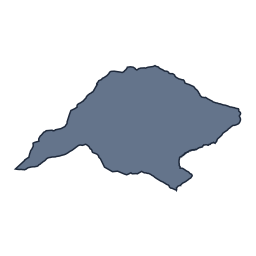 the district of Breaza, Suceava, Romania
{"feature_id": "2599482B22435462631292", "entity_name": "Breaza", "entity_type": "district", "adm_level": 2, "iso_a3": "ROU", "parent_name": "Romania", "parent_adm1": "Suceava", "projection": "natural_earth1", "projection_center": [25.34, 47.631], "detail": "fine", "context": "isolated", "style": "filled", "palette": "slate", "viewbox_px": 256, "rotation_deg": 0, "n_neighbors": 0, "source": "geoboundaries", "source_scale": "gbopen_adm2", "svg_char_len": 5757}
<svg xmlns="http://www.w3.org/2000/svg" viewBox="0 0 256 256"><path d="M192.2,175.8L191.7,174.4L191.5,174.2L190.4,173.8L189.9,173.5L189.0,172.4L188.0,171.6L186.7,171.1L185.0,169.9L184.5,169.5L183.9,169.2L182.7,168.4L181.8,168.2L180.1,168.2L180.1,166.8L179.7,166.2L179.3,165.7L179.2,165.0L179.3,164.2L179.0,162.6L179.1,160.0L179.3,159.5L179.3,159.0L179.6,158.3L179.7,157.7L179.6,157.4L179.9,157.1L180.5,156.9L180.6,156.6L181.1,156.6L181.4,156.8L181.6,156.8L181.9,156.1L182.5,155.7L182.5,155.4L183.1,155.5L183.2,155.4L183.2,155.1L183.7,154.8L183.7,154.5L183.9,154.5L184.1,154.6L184.4,154.6L184.5,154.5L184.5,154.1L184.8,153.9L184.7,153.4L184.8,153.2L185.0,153.2L185.2,153.4L185.4,153.4L185.5,153.1L185.8,153.1L185.8,152.8L186.5,152.7L186.9,152.4L187.1,152.2L187.3,152.2L187.3,151.9L187.5,151.8L187.8,151.8L188.1,152.0L188.3,152.0L188.5,151.9L188.5,151.7L188.8,151.2L189.2,150.9L189.6,150.9L189.8,150.6L190.0,150.4L190.4,150.4L190.6,150.8L190.8,150.7L190.8,150.4L191.3,150.4L191.3,150.1L191.7,150.0L192.1,150.2L192.7,150.1L192.7,149.8L192.9,149.8L193.4,150.0L193.4,149.8L193.5,149.7L193.9,149.9L194.1,150.1L194.4,149.9L194.8,149.9L194.9,149.5L195.3,149.3L195.6,149.6L196.3,149.6L196.6,149.3L196.8,149.2L197.8,148.5L198.2,148.1L198.7,148.1L199.0,147.8L199.5,147.5L200.1,147.4L200.5,147.5L201.3,147.1L201.9,147.1L202.1,147.0L202.6,146.7L202.9,145.8L203.2,145.5L203.6,145.3L203.8,144.9L204.1,145.0L204.4,145.0L204.7,145.0L204.9,144.9L205.5,144.8L205.8,144.7L206.9,144.8L207.3,144.9L207.5,145.1L208.4,145.2L208.7,144.9L208.9,144.5L209.1,144.5L209.6,144.4L210.1,144.4L210.4,144.2L210.5,143.8L211.0,143.4L211.5,143.2L211.8,143.0L212.9,142.9L213.0,142.7L213.4,142.7L213.6,142.4L215.1,143.3L215.6,142.5L216.5,141.6L216.7,141.1L216.9,140.7L216.8,140.4L217.0,140.1L217.4,139.2L218.2,138.3L219.0,137.7L221.7,135.2L222.5,133.8L222.7,133.4L224.4,132.1L226.7,130.6L227.5,130.0L228.4,128.9L229.2,128.3L229.7,128.0L230.0,127.8L230.3,127.4L232.9,125.4L233.7,125.4L234.7,125.3L236.5,124.7L238.4,123.8L239.0,123.2L240.0,121.6L240.1,121.0L240.4,120.4L240.5,119.0L240.1,117.8L239.3,116.1L239.4,115.6L240.3,114.6L240.6,113.4L240.3,112.4L238.7,111.0L238.7,110.8L238.8,109.9L238.6,109.2L238.4,108.8L235.5,108.2L234.5,107.7L233.8,107.6L233.1,107.5L231.1,107.0L230.3,107.0L229.4,106.7L228.4,106.2L225.4,105.2L223.2,104.9L220.1,103.8L219.6,103.8L218.3,103.5L217.2,103.0L215.9,102.9L214.7,102.4L213.2,102.0L212.2,101.1L210.3,100.2L208.9,99.4L208.0,99.0L205.6,97.4L204.7,97.6L204.1,97.5L202.0,97.2L201.4,96.8L200.0,95.3L199.7,94.2L198.7,92.8L198.2,91.7L197.2,90.3L195.9,89.2L195.3,88.8L195.1,88.5L194.7,87.8L193.7,86.6L191.0,85.4L189.1,84.5L186.8,83.8L185.8,83.4L185.2,83.1L184.7,82.7L184.7,82.0L184.3,81.1L183.9,80.4L183.2,79.8L182.2,79.8L179.6,79.0L178.9,78.9L176.1,77.3L175.0,76.2L174.6,75.1L174.3,74.8L173.0,73.9L172.2,73.6L170.8,73.7L169.4,73.4L168.9,73.1L168.6,72.4L167.6,71.5L166.5,71.2L164.8,71.1L163.3,70.3L162.9,69.8L162.2,69.5L161.3,69.3L160.9,68.9L159.5,68.3L159.1,67.8L158.4,67.0L156.6,66.5L155.8,66.2L155.0,65.6L153.2,66.5L148.1,67.2L146.5,67.7L145.5,68.2L144.6,67.9L140.6,68.1L140.0,68.4L139.0,68.5L136.9,70.0L135.3,69.1L135.2,68.5L133.2,67.2L130.4,66.8L127.3,67.2L127.1,68.0L125.7,69.9L124.6,70.7L124.0,71.6L122.2,72.5L120.4,72.1L114.2,71.2L111.0,71.4L110.0,71.9L109.3,72.7L109.0,73.5L106.9,75.7L103.5,77.9L102.7,78.1L102.1,78.6L101.7,79.4L101.0,79.8L98.8,80.7L98.1,81.8L97.6,82.7L96.8,83.4L97.0,84.0L96.9,84.2L97.2,84.4L96.7,84.9L96.5,85.4L96.7,85.6L96.0,86.7L95.7,86.9L94.7,88.9L94.1,89.6L94.0,90.3L93.0,91.5L92.6,92.1L91.6,92.4L90.8,93.3L89.7,93.7L87.3,95.6L86.9,96.3L86.2,97.2L86.1,97.9L84.2,99.8L83.6,100.6L83.3,101.1L82.7,101.2L81.9,101.9L80.2,103.0L79.2,103.4L78.1,104.1L77.6,104.5L77.3,104.9L77.0,105.9L77.1,107.1L76.8,107.2L76.0,107.9L74.7,108.7L70.9,110.5L69.5,114.3L67.1,121.8L67.1,122.9L66.9,123.8L66.0,124.9L65.0,126.5L61.0,128.6L55.4,129.8L54.7,130.5L53.1,130.8L52.1,130.2L46.2,130.7L44.8,131.9L43.9,132.1L43.2,132.9L42.5,133.8L41.3,135.2L40.3,136.0L39.3,137.7L38.7,139.0L38.9,141.2L34.9,142.3L33.1,143.1L33.0,143.3L33.2,144.6L33.2,146.5L32.6,147.4L32.4,148.0L32.0,148.8L30.9,150.4L30.4,151.4L30.3,152.3L29.8,153.3L28.8,157.4L28.1,157.7L25.4,159.5L24.7,160.0L24.6,160.5L15.4,169.0L17.1,169.3L19.4,169.5L21.4,169.4L22.2,169.6L23.5,169.6L24.5,169.8L25.4,169.4L26.1,169.2L26.4,168.8L27.1,168.4L27.7,167.9L29.0,167.5L29.7,167.4L30.9,167.0L31.5,167.0L32.7,166.8L34.6,166.8L36.2,166.4L36.9,166.4L38.3,165.6L38.8,164.9L39.2,164.6L39.7,164.4L40.3,164.1L41.2,163.1L41.7,162.9L43.1,161.7L44.3,161.0L45.4,160.1L46.5,158.8L47.7,158.0L48.5,157.8L48.9,157.6L50.0,157.5L52.1,157.0L55.2,156.9L56.4,156.5L59.6,156.0L61.7,155.3L64.2,154.7L64.6,154.5L65.5,154.2L67.8,152.9L69.9,151.4L72.0,150.3L75.4,147.8L76.2,147.1L76.7,146.8L77.8,145.9L79.1,145.2L79.8,145.1L80.4,145.0L82.1,145.3L82.6,145.3L84.2,144.8L85.3,144.3L85.6,144.3L86.4,144.6L87.8,145.6L89.2,146.8L89.6,147.8L90.4,149.0L91.1,149.2L91.5,149.6L92.0,150.7L92.2,151.7L92.6,152.3L93.5,152.8L94.2,153.0L95.4,153.5L96.5,153.9L97.5,154.6L97.8,154.9L98.7,156.1L98.7,156.3L98.6,156.7L99.0,157.4L99.7,158.1L100.4,158.7L104.5,167.1L112.5,171.7L117.6,171.2L124.3,174.0L126.7,174.8L128.8,173.9L130.9,172.8L131.5,173.4L132.4,173.8L135.9,173.6L137.5,173.8L138.2,173.3L141.6,171.4L144.2,172.8L146.1,172.9L147.1,173.3L147.6,173.4L148.6,173.4L150.9,174.5L151.9,175.3L153.5,176.1L154.8,177.3L156.4,178.4L161.0,181.2L162.8,181.9L163.9,182.6L164.4,183.0L165.2,183.3L166.3,184.2L168.4,185.1L168.9,185.6L169.1,186.0L169.2,186.4L169.5,187.0L170.5,188.0L170.8,188.1L172.1,188.3L174.9,189.6L176.0,189.9L176.4,190.4L176.7,189.1L176.4,187.9L177.0,187.4L178.1,186.1L179.7,185.5L180.5,185.5L180.4,185.2L182.5,183.2L185.8,181.5L186.9,180.6L188.0,179.9L189.0,179.0L190.7,178.0L192.2,175.8Z" fill="#64748b" stroke="#1e293b" stroke-width="1.5"/></svg>